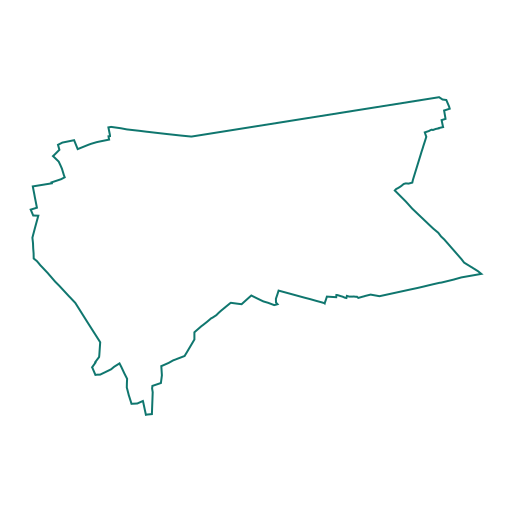 the district of Alūksne, Aluksne, Latvia
{"feature_id": "27541924B6275122362783", "entity_name": "Alūksne", "entity_type": "district", "adm_level": 2, "iso_a3": "LVA", "parent_name": "Latvia", "parent_adm1": "Aluksne", "projection": "mercator", "projection_center": [27.066, 57.422], "detail": "fine", "context": "isolated", "style": "outline", "palette": "teal", "viewbox_px": 512, "rotation_deg": 0, "n_neighbors": 0, "source": "geoboundaries", "source_scale": "gbopen_adm2", "svg_char_len": 3493}
<svg xmlns="http://www.w3.org/2000/svg" viewBox="0 0 512 512"><path d="M53.0,156.1L57.7,160.6L58.7,161.6L60.4,165.2L61.9,168.6L63.6,174.2L63.8,174.9L64.7,177.3L61.1,179.2L51.5,182.4L51.8,183.3L50.5,183.5L48.3,183.9L45.1,184.4L44.6,184.5L32.8,186.4L33.4,189.6L34.3,194.2L34.8,197.0L35.8,202.0L36.5,205.6L36.9,207.7L34.7,208.4L30.7,209.6L32.1,212.9L33.2,215.5L38.3,215.7L35.3,226.7L33.2,234.6L32.4,237.7L33.0,243.2L33.2,248.3L33.6,253.3L33.7,258.5L36.9,261.1L38.6,263.1L40.2,265.1L44.0,269.1L47.8,273.1L49.3,274.9L50.8,276.6L55.1,281.6L59.2,285.7L69.1,296.4L69.6,296.9L70.6,297.9L71.8,299.2L75.3,302.9L87.5,322.3L91.2,328.1L91.7,328.9L99.3,340.8L100.2,342.3L99.3,355.2L99.1,357.0L95.2,362.2L95.5,362.6L92.1,367.3L92.3,367.6L95.4,374.9L97.1,374.7L97.5,374.7L98.4,374.7L100.2,374.6L111.1,369.3L114.1,366.8L119.5,363.4L121.4,367.1L124.3,373.3L127.1,378.8L126.9,383.2L126.8,387.5L127.2,389.0L128.6,394.5L128.8,395.3L129.5,397.4L129.9,398.7L130.6,400.9L130.8,401.5L131.3,403.2L131.5,403.8L137.3,403.5L142.9,401.0L143.1,401.7L145.9,414.8L147.5,414.5L148.6,414.4L149.9,414.3L151.9,414.1L152.7,392.2L152.1,388.4L152.4,385.9L152.7,385.8L153.0,385.7L159.5,383.5L160.9,383.0L161.9,375.3L161.3,366.1L162.3,365.7L168.7,362.9L173.1,360.4L184.6,356.0L185.3,354.8L186.6,352.7L194.4,339.5L194.4,336.3L194.4,332.3L195.4,331.4L201.6,326.0L202.5,325.4L207.2,321.7L211.3,318.2L212.3,317.8L216.3,315.2L216.5,315.0L217.9,313.6L218.7,312.8L221.4,310.4L225.9,306.7L230.2,303.2L230.8,302.8L237.5,303.7L241.6,304.2L246.8,299.5L251.3,295.5L256.7,298.2L260.0,299.8L263.3,301.4L263.5,301.4L263.7,301.5L263.8,301.5L264.0,301.6L268.1,302.8L274.2,305.1L275.8,304.7L277.5,304.2L276.7,303.3L276.0,302.4L275.9,298.8L277.4,294.4L278.6,290.6L288.9,293.4L299.1,296.2L304.6,297.7L310.1,299.1L316.0,300.8L321.9,302.4L322.1,302.5L322.3,302.5L323.4,302.9L324.6,303.2L324.7,303.3L324.9,302.5L325.2,301.7L325.3,301.3L325.5,300.9L326.9,296.6L336.2,297.2L336.4,295.0L337.5,295.1L339.1,295.6L340.6,296.1L342.7,296.7L342.9,296.8L344.9,297.7L346.4,298.0L346.9,295.9L349.2,296.6L349.4,296.6L351.5,296.6L352.6,296.6L353.7,296.5L356.1,296.8L356.9,296.7L358.3,297.9L360.1,297.4L362.2,296.8L364.5,296.2L365.0,296.0L370.6,294.6L379.5,296.2L410.3,289.5L417.4,288.0L423.4,286.6L427.9,285.5L433.8,284.1L439.5,282.8L441.3,282.6L454.4,279.4L454.6,279.3L461.4,277.4L481.3,273.9L478.0,271.2L464.1,262.6L461.5,259.2L445.5,240.9L444.3,239.5L442.7,238.0L441.0,236.4L440.1,235.2L438.3,232.8L433.6,228.9L432.3,227.7L429.2,224.8L412.2,208.6L405.8,201.5L394.8,190.5L395.8,189.4L396.2,189.0L397.8,188.2L399.3,187.3L400.7,186.4L402.0,185.4L402.9,184.6L403.9,183.9L405.8,183.4L408.6,183.6L412.3,182.6L412.9,179.9L420.6,154.9L421.4,152.2L422.9,147.6L423.3,146.2L424.3,143.1L425.3,140.0L425.8,138.4L426.3,136.8L425.5,134.5L425.4,134.2L424.8,132.4L429.0,131.0L429.3,130.8L430.4,130.2L431.7,129.7L431.9,129.7L432.9,130.0L435.9,128.9L438.7,128.4L438.7,128.1L440.8,127.6L442.2,127.3L443.1,127.1L442.9,126.3L441.6,120.1L445.5,118.9L445.4,118.0L444.1,110.5L446.1,109.9L449.7,108.7L449.1,106.6L446.3,100.0L442.5,99.5L439.1,97.2L191.9,136.5L190.7,136.5L188.5,136.3L180.4,135.5L171.3,134.5L167.6,134.1L155.2,132.7L147.5,131.8L147.2,131.8L140.2,130.9L126.8,129.4L121.1,128.3L119.8,128.1L111.1,126.9L108.4,127.4L109.8,134.4L110.0,135.8L110.0,136.1L108.5,136.3L109.1,139.6L99.2,141.6L96.5,142.2L91.1,143.8L88.6,144.7L77.7,149.1L75.2,142.9L74.1,140.2L62.3,142.6L62.1,142.7L61.8,142.9L58.0,144.8L59.4,149.8L54.2,155.0L53.0,156.1Z" fill="none" stroke="#0f766e" stroke-width="2"/></svg>